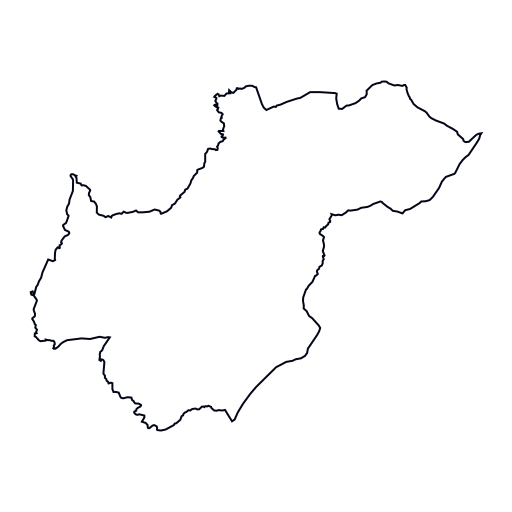 outline of Villa De Leyva, Boyacá, Colombia
{"feature_id": "7082276B92158404530910", "entity_name": "Villa De Leyva", "entity_type": "district", "adm_level": 2, "iso_a3": "COL", "parent_name": "Colombia", "parent_adm1": "Boyacá", "projection": "orthographic", "projection_center": [-73.539, 5.662], "detail": "fine", "context": "isolated", "style": "outline", "palette": "ink", "viewbox_px": 512, "rotation_deg": 0, "n_neighbors": 0, "source": "geoboundaries", "source_scale": "gbopen_adm2", "svg_char_len": 5954}
<svg xmlns="http://www.w3.org/2000/svg" viewBox="0 0 512 512"><path d="M481.3,133.3L478.4,133.8L476.2,134.9L468.8,141.8L465.5,142.1L464.5,141.6L463.5,140.6L463.1,139.0L457.8,134.4L457.1,131.8L453.0,129.0L447.2,125.9L444.0,123.5L435.9,120.5L431.2,118.1L429.4,116.6L426.6,112.7L425.0,111.3L417.4,107.3L413.6,104.0L411.2,99.8L410.0,98.8L409.7,97.3L408.9,96.3L407.3,92.3L406.5,89.0L406.7,87.6L405.2,85.0L404.1,85.0L402.3,85.9L397.8,85.0L394.4,85.5L388.4,83.3L386.9,81.9L385.4,81.5L381.9,81.6L380.3,82.8L376.7,83.4L372.3,85.1L366.6,90.7L366.7,94.3L365.0,97.2L361.3,98.4L359.1,100.7L355.4,103.2L348.7,105.5L346.5,105.6L342.2,108.9L338.7,108.7L337.2,104.2L336.2,98.5L336.7,93.7L335.2,93.1L319.4,92.1L310.2,92.1L300.3,97.9L296.8,98.6L286.7,101.9L280.6,104.6L276.7,105.6L275.9,106.9L273.6,106.6L266.4,110.0L263.8,107.7L262.0,104.3L256.1,87.3L254.4,87.0L252.3,85.8L249.1,85.7L245.8,86.4L244.2,87.9L241.7,88.9L240.0,88.5L238.4,88.9L237.8,88.2L237.1,88.1L236.7,88.4L236.4,89.8L233.3,92.9L231.4,92.4L229.2,90.2L229.0,92.2L229.8,93.3L226.5,93.5L224.4,95.9L220.9,95.6L219.3,96.2L218.6,94.4L217.6,93.8L215.1,95.7L214.3,96.9L216.3,97.8L216.3,99.0L215.3,100.8L216.4,102.8L217.4,103.5L217.4,105.0L216.9,105.4L215.2,104.7L214.5,104.9L214.3,105.5L216.8,107.3L217.6,107.1L218.3,107.6L218.1,108.7L217.1,110.1L218.8,112.3L221.5,112.9L222.7,114.2L221.4,116.4L221.8,117.8L220.9,118.2L220.4,120.5L221.1,121.5L223.9,123.4L224.2,126.2L223.0,129.4L223.4,131.0L219.0,130.9L218.6,131.4L220.9,133.9L223.0,134.4L222.7,135.7L221.6,136.4L221.7,137.1L223.4,137.8L225.5,137.6L225.6,138.1L223.6,139.6L222.7,141.2L220.3,141.9L218.6,143.4L217.9,145.8L217.1,146.6L217.7,148.2L217.4,149.9L215.9,150.1L214.8,149.2L211.8,149.1L210.4,148.5L208.1,148.9L207.0,151.9L205.2,153.9L205.2,161.7L204.3,163.4L204.0,166.7L202.5,167.9L198.2,169.5L197.2,170.2L197.2,172.6L193.7,176.1L193.1,177.8L191.3,180.4L190.4,183.5L187.5,188.6L185.2,189.7L184.6,191.8L180.1,195.6L179.9,196.3L180.4,197.3L180.1,197.6L177.4,199.7L174.9,203.6L172.0,205.2L171.2,207.7L167.0,211.3L161.1,213.8L160.7,213.5L160.3,211.5L159.1,210.6L154.7,209.5L149.5,211.7L143.0,212.3L138.1,212.3L136.0,210.5L133.1,211.8L127.7,212.9L126.2,212.8L123.6,211.7L121.6,213.8L119.4,213.3L115.9,214.1L112.6,215.4L111.7,216.0L111.2,217.5L108.2,216.0L105.5,217.2L103.6,215.8L98.8,214.6L96.8,212.6L96.9,206.4L96.0,204.0L94.2,201.6L91.1,201.0L90.3,197.1L88.8,195.1L89.1,192.7L90.2,190.6L90.0,189.7L85.9,185.9L83.2,185.2L81.6,185.4L80.7,183.6L76.8,182.7L76.5,178.0L75.6,176.6L76.4,175.9L72.8,174.2L71.3,174.3L70.8,174.7L70.5,175.9L72.9,179.4L73.1,180.8L72.9,190.9L69.6,199.5L69.0,203.6L67.3,206.6L66.3,210.4L67.2,214.3L68.5,215.5L68.5,216.3L66.1,222.9L63.2,225.0L63.0,225.8L64.9,229.9L68.7,231.7L69.2,232.5L69.2,233.5L67.9,235.0L64.7,236.4L61.6,240.5L61.1,242.3L61.9,243.2L61.4,244.2L59.6,245.3L59.8,247.9L59.1,248.2L58.4,247.3L57.7,247.3L55.6,249.8L55.0,253.0L54.8,259.1L55.1,260.1L52.9,261.2L48.2,259.5L42.5,272.4L41.1,277.8L39.0,281.2L37.6,285.1L36.3,286.7L34.4,293.9L33.7,293.8L32.6,291.4L30.7,292.2L31.3,294.6L33.7,295.4L36.6,299.6L36.9,300.7L33.7,309.1L33.7,310.2L35.0,313.7L34.9,315.8L34.6,316.5L32.5,318.1L32.2,318.9L34.0,321.7L34.8,324.1L35.8,325.0L35.3,327.7L37.0,329.7L36.1,332.1L36.6,333.2L34.8,333.5L34.7,336.3L36.0,337.0L38.8,340.2L40.5,341.2L45.6,340.6L45.9,340.4L45.8,339.6L48.1,340.2L49.6,340.1L51.3,340.8L53.5,340.8L54.5,342.2L54.8,344.2L53.7,345.7L54.1,347.2L53.3,348.3L54.0,348.8L54.9,348.4L55.3,348.7L56.5,348.0L58.6,346.4L60.5,344.1L63.2,342.1L67.0,340.2L81.6,338.4L90.0,339.0L99.5,336.8L105.0,337.8L108.2,337.1L109.8,337.4L103.8,346.1L102.1,350.4L100.2,352.0L99.8,354.0L99.9,357.0L99.4,359.9L100.8,360.8L101.4,359.4L102.5,359.6L103.4,360.2L104.4,362.0L103.4,373.7L104.9,375.6L104.9,377.8L106.2,379.0L106.7,380.8L108.1,381.8L108.6,383.4L110.9,382.7L112.4,383.2L112.4,389.1L113.5,392.0L115.7,391.9L118.7,392.6L120.4,396.8L121.3,397.9L123.3,398.3L127.6,397.2L131.4,397.6L132.0,399.9L133.4,400.9L134.8,403.1L135.7,403.5L138.3,403.5L140.9,404.8L141.1,405.4L140.4,406.5L137.6,408.0L136.4,409.2L136.2,410.7L134.4,411.5L134.1,412.3L134.7,413.4L136.2,414.6L137.8,414.8L139.3,414.3L144.3,415.5L144.4,417.4L141.9,421.7L145.8,423.0L147.6,425.1L147.8,427.3L148.3,428.2L149.5,428.1L152.7,425.5L154.2,425.1L156.6,426.3L157.1,427.5L157.0,429.7L158.0,430.2L161.1,430.5L165.7,429.5L173.8,425.1L174.7,423.6L176.2,423.3L180.3,419.8L181.6,416.2L183.1,415.3L183.4,414.1L184.6,412.7L186.4,411.9L188.5,410.2L190.2,410.5L191.9,409.2L194.0,408.7L195.7,408.6L197.3,409.4L199.1,409.3L201.9,406.7L203.6,406.5L204.3,407.1L205.4,406.2L207.3,406.4L208.4,405.8L211.1,406.9L211.5,408.1L214.2,410.5L216.9,410.7L218.5,410.1L222.4,410.5L225.0,409.9L232.0,421.3L234.6,419.6L237.8,412.4L243.2,403.5L250.3,393.8L256.2,386.9L276.1,367.2L286.2,361.9L292.5,360.8L295.6,359.3L301.0,358.3L305.0,355.9L307.1,353.0L307.9,348.6L317.0,335.2L319.2,331.2L320.2,327.9L318.6,325.3L312.1,318.1L309.1,316.0L306.6,311.1L303.7,308.5L303.8,305.4L303.0,301.0L303.2,297.5L306.0,289.5L306.7,289.1L308.8,285.6L312.4,281.9L315.1,275.9L316.1,275.6L317.8,273.9L316.9,271.7L317.3,270.1L318.9,268.9L319.5,266.8L321.8,265.5L322.7,263.3L322.6,261.1L323.7,259.2L322.8,256.4L322.9,256.0L324.1,256.0L324.5,255.5L322.8,251.1L324.0,246.7L323.9,244.1L323.0,240.4L324.0,237.1L322.9,235.9L319.8,233.9L319.5,232.4L320.5,231.1L321.0,229.4L323.0,229.0L323.7,227.3L325.2,227.5L326.1,226.1L328.1,224.4L328.5,222.7L330.1,222.0L330.2,220.8L329.4,219.2L331.4,216.0L331.9,214.8L331.6,214.2L335.4,215.3L338.5,214.7L341.7,215.2L346.1,212.4L348.1,210.4L350.7,210.6L357.5,209.6L361.2,207.8L367.6,206.9L370.7,205.6L373.2,204.0L380.3,201.5L381.7,201.9L382.8,203.1L387.7,207.0L390.5,208.6L392.8,210.8L397.5,211.6L402.5,213.4L405.2,210.2L410.0,209.0L419.6,203.1L421.2,201.5L425.9,201.2L429.6,200.1L432.8,197.0L439.1,187.9L441.8,181.8L444.3,178.6L445.9,176.9L454.2,173.9L455.1,173.1L459.6,164.1L462.6,160.1L465.6,157.1L468.6,154.9L476.8,142.7L479.2,138.7L480.2,135.0L481.3,133.3Z" fill="none" stroke="#020617" stroke-width="2"/></svg>